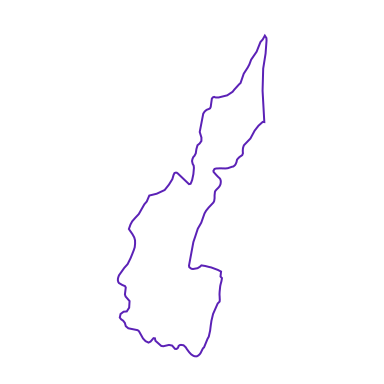 San Francisco Zapotitlán, Suchitepéquez, Guatemala (Natural Earth projection), rotated 6°
{"feature_id": "79465075B91697613076803", "entity_name": "San Francisco Zapotitlán", "entity_type": "district", "adm_level": 2, "iso_a3": "GTM", "parent_name": "Guatemala", "parent_adm1": "Suchitepéquez", "projection": "natural_earth1", "projection_center": [-91.517, 14.633], "detail": "fine", "context": "isolated", "style": "outline", "palette": "violet", "viewbox_px": 384, "rotation_deg": 6, "n_neighbors": 0, "source": "geoboundaries", "source_scale": "gbopen_adm2", "svg_char_len": 2805}
<svg xmlns="http://www.w3.org/2000/svg" viewBox="0 0 384 384"><g transform="rotate(6 192 192)"><path d="M171.2,343.8L177.5,348.3L179.6,348.4L185.1,346.5L188.3,346.8L191.5,349.8L193.1,349.7L194.4,348.3L194.8,346.5L195.8,345.6L197.0,345.2L199.6,345.3L202.0,347.1L203.4,348.9L206.0,351.7L208.2,353.6L210.6,354.8L212.0,355.1L214.0,354.9L215.3,354.0L216.6,352.6L217.4,351.2L218.0,349.6L218.8,347.4L219.4,346.1L220.2,345.3L222.8,336.4L223.8,334.1L224.5,328.1L224.6,322.8L224.8,318.0L225.7,311.1L229.2,300.2L230.9,298.1L230.9,296.3L230.6,294.4L230.4,293.0L230.1,291.3L230.0,290.2L229.9,288.1L229.9,286.0L229.9,284.2L229.9,282.6L230.1,280.8L230.6,277.6L230.8,274.5L229.2,273.1L229.2,268.1L225.9,266.8L218.9,265.0L217.0,264.8L212.9,264.2L209.0,264.0L207.7,265.5L205.5,267.2L201.0,268.5L199.4,268.4L198.4,267.8L197.2,267.1L196.7,265.6L198.6,241.6L199.8,236.3L201.6,227.9L204.4,221.6L206.7,212.0L208.0,209.1L210.2,205.7L214.4,200.2L215.0,198.6L215.1,195.8L214.8,193.0L214.8,190.9L214.8,189.4L215.2,188.3L216.2,186.9L217.6,185.2L218.5,183.9L219.0,182.9L219.5,181.4L219.6,179.9L219.5,178.1L218.8,176.3L218.1,175.5L216.2,174.1L214.2,172.4L212.9,171.2L211.4,169.8L211.1,168.7L212.0,166.7L213.6,166.1L217.5,165.5L222.7,165.1L225.1,164.6L229.2,162.7L230.3,162.4L231.1,161.7L232.0,160.7L232.5,159.7L233.1,157.7L233.4,155.2L234.0,154.2L235.5,152.3L238.1,150.1L238.6,148.2L238.2,145.9L238.1,143.8L238.2,142.4L238.7,140.2L239.6,139.0L244.5,132.7L247.9,124.4L251.2,119.1L255.0,114.9L256.6,114.9L251.6,83.9L249.9,61.8L250.7,46.7L250.3,33.5L249.9,31.1L248.1,28.9L246.4,32.9L244.4,35.7L241.6,45.7L237.0,54.2L235.7,59.2L234.4,62.4L231.1,68.9L228.9,78.5L227.5,80.1L223.4,85.7L221.9,88.1L216.9,92.2L208.6,95.2L205.4,95.5L204.1,95.1L203.0,95.6L202.0,97.0L201.7,105.4L201.2,106.9L200.2,107.6L197.9,108.8L196.2,110.6L195.0,112.9L193.4,131.5L195.7,136.9L196.0,140.3L194.5,143.0L192.6,144.9L191.9,148.8L191.7,153.2L190.7,155.7L189.6,157.2L189.0,159.2L188.8,161.2L189.7,163.9L190.9,165.6L191.4,167.9L191.5,174.1L190.9,179.9L190.2,182.6L189.7,184.0L188.2,184.5L176.0,175.1L174.8,174.4L173.6,174.5L172.6,175.0L171.9,176.9L171.1,181.3L168.3,187.1L164.6,192.9L157.1,197.4L149.9,200.0L148.0,206.2L145.9,209.2L141.4,219.5L138.0,224.0L135.6,227.4L134.2,230.8L133.1,235.4L134.1,236.6L137.2,240.2L139.3,243.2L140.4,246.0L140.8,249.4L140.8,253.0L140.2,255.8L139.0,260.2L137.8,264.3L135.5,270.5L132.6,274.5L128.1,282.5L127.6,284.5L127.4,285.9L127.5,287.6L128.1,289.2L128.9,290.2L130.5,290.9L132.2,291.7L135.2,292.6L136.1,293.9L136.0,300.9L136.9,302.9L141.3,307.0L141.6,313.6L139.6,317.6L136.5,318.2L133.7,320.8L133.3,324.4L134.8,326.0L137.0,327.2L138.9,329.2L140.2,332.4L142.9,334.2L152.4,335.1L153.8,336.0L158.6,342.8L161.4,345.2L164.5,346.3L166.4,345.1L169.0,341.4L170.4,341.4L171.2,343.8Z" fill="none" stroke="#5b21b6" stroke-width="2"/></g></svg>